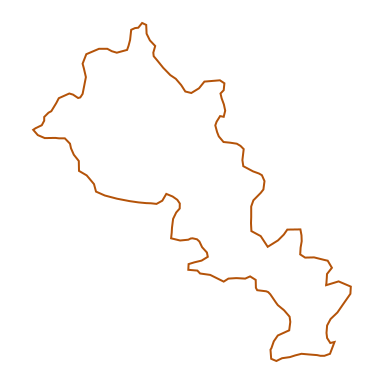 Alaminos, Larnaca, Cyprus
{"feature_id": "46923920B78636807865275", "entity_name": "Alaminos", "entity_type": "district", "adm_level": 2, "iso_a3": "CYP", "parent_name": "Cyprus", "parent_adm1": "Larnaca", "projection": "mercator", "projection_center": [33.448, 34.798], "detail": "fine", "context": "isolated", "style": "outline", "palette": "amber", "viewbox_px": 384, "rotation_deg": 0, "n_neighbors": 0, "source": "geoboundaries", "source_scale": "gbopen_adm2", "svg_char_len": 2320}
<svg xmlns="http://www.w3.org/2000/svg" viewBox="0 0 384 384"><path d="M350.8,286.6L338.6,281.4L333.7,282.9L326.1,285.2L326.1,284.8L326.4,283.3L326.8,277.7L327.0,274.0L331.9,267.8L327.7,260.7L324.6,260.0L314.1,257.4L305.1,257.6L300.2,254.4L300.6,247.7L301.7,241.2L301.5,235.4L300.4,229.4L287.3,229.6L283.8,234.6L278.0,240.4L267.7,246.8L260.7,236.1L251.4,231.1L251.0,223.1L251.2,217.1L251.2,206.5L253.4,200.3L260.7,192.9L263.4,189.5L264.5,181.1L261.9,175.2L258.9,173.5L253.1,171.4L243.3,166.2L242.4,160.1L243.7,149.1L240.5,145.9L236.8,143.7L230.2,142.7L223.5,142.0L218.8,136.4L217.1,132.1L215.3,125.4L216.6,121.7L220.1,116.1L223.7,116.8L225.2,110.7L223.9,104.5L221.6,98.2L220.5,93.5L223.7,90.2L224.4,83.3L219.9,80.3L204.4,81.6L199.0,88.3L191.3,93.0L185.3,91.5L181.2,85.1L175.8,78.8L170.3,75.1L163.2,67.8L157.8,61.1L153.7,56.2L153.3,52.7L155.2,46.0L149.9,40.4L146.6,33.7L146.2,24.9L142.1,23.0L138.3,27.7L135.0,28.1L131.2,29.8L130.1,39.8L128.6,45.6L127.1,49.9L116.8,52.7L111.8,51.2L107.3,48.8L99.0,48.8L86.3,54.2L82.6,63.7L83.9,68.5L85.9,77.1L83.9,87.4L82.6,93.9L80.3,97.4L78.1,98.0L73.0,94.6L69.3,93.5L58.8,98.2L56.2,103.2L51.3,111.2L48.5,112.7L44.2,117.0L44.2,120.7L41.8,125.2L35.6,128.2L33.2,129.8L37.8,135.1L44.8,138.1L55.2,137.9L58.8,138.3L64.8,138.3L70.0,143.7L71.0,148.3L73.8,154.7L78.8,161.0L79.0,170.9L86.7,175.4L94.0,184.1L96.0,191.6L104.8,195.5L117.0,198.7L129.5,201.1L138.5,202.4L146.0,203.1L151.1,203.3L156.5,203.9L162.3,200.7L166.3,193.9L172.6,196.5L177.3,199.8L179.8,203.5L179.7,208.5L176.2,212.5L173.1,218.9L172.0,227.6L171.7,232.7L171.1,238.3L180.1,240.5L188.3,239.7L190.7,238.5L192.6,238.3L197.0,239.3L199.4,241.5L202.1,247.2L206.9,252.5L207.8,256.8L201.6,260.6L194.5,262.3L188.6,264.1L188.3,269.8L197.4,270.6L200.1,273.5L210.2,274.9L223.7,281.6L228.4,278.6L236.4,278.1L245.2,278.6L250.1,276.4L255.7,279.9L255.9,287.8L257.2,290.2L266.2,291.3L268.2,292.1L270.3,294.3L275.9,302.5L277.8,305.1L284.1,310.3L289.6,316.7L290.3,321.9L289.2,330.3L277.8,335.5L273.8,341.3L271.4,348.2L270.5,349.7L271.1,357.7L271.2,358.8L276.3,361.0L282.1,358.2L289.9,357.1L295.2,355.4L301.5,353.8L309.4,354.5L317.1,355.1L320.4,355.8L324.4,355.8L330.0,353.8L334.5,342.0L330.3,343.0L327.1,338.0L326.5,332.9L327.1,325.5L330.6,319.0L337.4,312.5L342.1,305.7L350.4,293.8L350.8,286.6Z" fill="none" stroke="#b45309" stroke-width="2"/></svg>